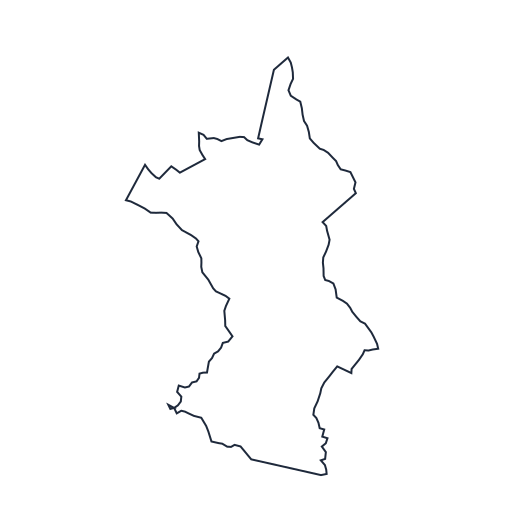 Santa Tereza do Oeste, Paraná, Brazil (Albers equal-area conic projection), rotated 12°
{"feature_id": "56859067B16251398457668", "entity_name": "Santa Tereza do Oeste", "entity_type": "district", "adm_level": 2, "iso_a3": "BRA", "parent_name": "Brazil", "parent_adm1": "Paraná", "projection": "albers", "projection_center": [-53.611, -25.02], "detail": "fine", "context": "isolated", "style": "outline", "palette": "slate", "viewbox_px": 512, "rotation_deg": 12, "n_neighbors": 0, "source": "geoboundaries", "source_scale": "gbopen_adm2", "svg_char_len": 2422}
<svg xmlns="http://www.w3.org/2000/svg" viewBox="0 0 512 512"><g transform="rotate(12 256 256)"><path d="M246.0,55.2L234.8,70.1L233.9,120.3L233.6,140.5L238.0,140.5L235.9,146.4L228.8,145.6L223.4,144.5L219.6,142.2L215.4,142.8L203.0,147.7L198.3,150.8L193.8,149.6L190.2,149.4L183.5,151.6L179.5,148.4L174.4,147.3L176.6,155.8L177.4,160.2L178.9,164.1L182.6,168.3L186.1,171.8L164.2,190.3L160.0,188.2L154.5,185.9L145.3,200.5L141.8,199.8L136.7,196.8L132.5,193.6L128.5,189.9L117.2,228.5L122.2,228.7L131.2,231.0L137.3,232.7L144.0,235.5L149.4,234.5L154.2,233.3L159.5,232.5L166.7,236.7L171.7,241.5L178.2,246.1L188.3,249.1L193.7,251.4L196.7,253.6L196.0,259.0L198.7,264.1L203.0,269.6L204.0,273.9L204.7,278.0L206.9,283.1L214.3,289.1L220.8,296.5L224.1,298.9L234.7,301.4L238.8,303.3L237.0,311.1L236.4,316.2L239.2,325.4L240.5,330.9L244.0,334.1L249.7,339.5L246.6,345.5L241.6,347.9L240.9,352.9L238.7,357.2L235.3,360.2L234.2,365.0L231.9,369.1L232.1,375.6L232.3,380.2L228.5,381.1L225.2,382.8L225.6,387.0L223.9,391.0L219.7,393.0L217.6,397.6L213.8,399.4L207.4,398.8L207.1,405.3L212.2,409.1L212.7,414.0L210.6,418.4L207.5,421.6L211.2,426.4L215.1,422.9L218.9,423.0L222.4,423.9L228.5,425.3L236.1,425.6L242.6,432.6L245.9,437.6L251.0,446.7L258.5,446.8L262.0,446.6L267.5,448.5L271.3,447.9L274.3,445.2L280.5,445.5L293.6,455.9L365.1,456.8L370.4,454.5L369.1,450.4L366.9,446.2L361.9,442.4L365.8,440.1L365.1,433.3L360.0,428.7L363.2,424.7L363.8,419.4L358.4,418.9L358.8,411.5L354.1,411.2L351.8,406.2L348.7,401.9L345.1,399.4L344.7,392.9L346.5,385.3L347.4,377.0L347.4,371.8L349.1,365.5L352.6,358.7L355.2,353.3L358.4,347.1L373.6,350.7L373.0,346.6L378.3,336.2L380.9,329.9L381.8,325.6L385.6,325.1L389.6,323.2L394.8,321.3L392.7,316.8L387.9,310.5L384.7,306.7L376.7,299.5L371.6,298.2L366.9,294.7L361.8,290.6L358.9,287.1L354.9,283.7L350.3,281.8L343.6,279.9L340.8,272.1L337.4,266.8L332.5,265.3L328.7,265.1L326.3,261.5L324.6,254.1L322.8,248.6L322.1,243.4L323.6,237.1L324.7,229.9L324.6,224.8L320.2,216.4L318.4,212.0L314.1,209.0L340.6,173.8L337.8,170.0L338.0,163.3L330.9,154.3L325.6,153.8L320.8,153.6L317.1,150.0L314.6,146.5L310.6,143.9L305.1,140.1L300.1,138.2L296.1,137.8L288.8,133.3L284.2,129.8L281.9,123.7L278.9,118.0L274.9,114.0L272.2,108.1L270.1,101.9L267.2,95.8L263.0,94.5L256.7,92.0L253.3,87.1L254.1,80.4L255.4,75.0L253.8,68.7L252.0,64.1L249.8,59.6L246.0,55.2ZM207.5,421.6L201.2,419.8L204.0,423.4L207.5,421.6Z" fill="none" stroke="#1e293b" stroke-width="2"/></g></svg>